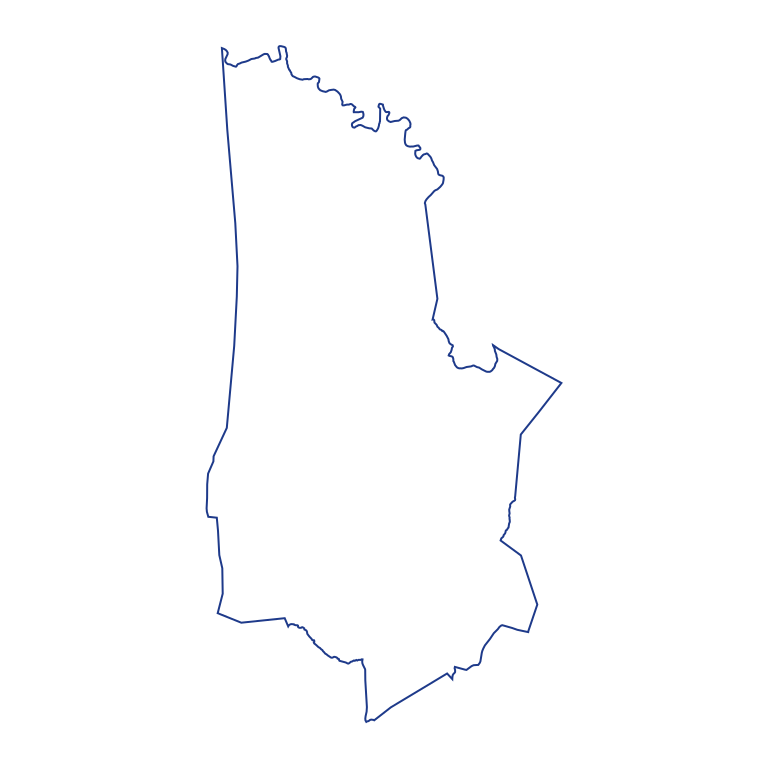 Moamba, Maputo, Mozambique
{"feature_id": "85939544B51879158696861", "entity_name": "Moamba", "entity_type": "district", "adm_level": 2, "iso_a3": "MOZ", "parent_name": "Mozambique", "parent_adm1": "Maputo", "projection": "robinson", "projection_center": [32.243, -25.316], "detail": "fine", "context": "isolated", "style": "outline", "palette": "blue", "viewbox_px": 768, "rotation_deg": 0, "n_neighbors": 0, "source": "geoboundaries", "source_scale": "gbopen_adm2", "svg_char_len": 6025}
<svg xmlns="http://www.w3.org/2000/svg" viewBox="0 0 768 768"><path d="M452.3,679.1L452.4,677.1L452.7,675.2L453.5,673.9L454.8,672.6L455.1,672.0L455.1,670.0L454.6,668.2L454.9,666.9L465.2,669.7L466.5,669.9L471.6,666.1L473.6,665.2L478.3,664.9L479.8,662.8L480.4,661.4L481.8,652.8L482.3,650.9L483.3,648.5L484.9,645.4L490.0,638.9L493.8,633.2L497.8,629.2L499.4,627.0L501.1,625.6L502.2,625.2L503.8,625.6L512.2,628.0L517.3,629.8L528.2,632.1L528.4,630.9L537.3,604.6L521.0,555.5L500.6,540.5L501.3,538.4L503.1,536.8L503.4,536.3L503.6,535.2L505.1,533.4L505.5,532.2L505.7,530.9L506.1,530.3L507.1,529.7L507.7,528.4L508.5,527.6L509.1,523.6L509.8,521.9L509.7,519.7L509.5,519.0L509.6,517.5L509.1,515.8L509.2,515.0L509.6,513.4L509.3,511.2L509.2,509.6L510.2,506.5L510.1,504.7L510.4,504.1L512.6,501.7L514.4,500.7L515.0,500.2L515.1,499.8L515.2,499.2L514.9,497.8L515.2,496.1L520.8,434.5L538.8,412.0L561.4,383.0L498.7,349.1L493.0,345.1L493.1,345.7L494.0,347.3L494.8,349.3L494.9,350.9L496.3,354.5L496.6,356.9L497.3,359.0L497.2,360.9L495.4,363.8L494.9,366.1L494.1,367.8L493.0,369.0L492.2,370.2L490.8,371.3L489.8,371.8L487.4,371.8L486.3,371.6L481.9,369.4L479.1,367.6L477.0,367.1L473.9,365.5L473.2,365.5L471.0,366.4L466.6,367.0L463.5,368.1L461.9,368.4L459.1,368.3L458.1,368.0L456.9,367.3L455.1,365.1L453.8,361.7L453.4,361.2L453.3,358.9L452.8,357.2L451.8,356.4L449.5,355.9L448.7,355.5L449.1,354.2L450.8,352.2L451.6,349.9L452.0,347.8L452.9,346.5L452.7,345.3L450.5,344.1L449.4,343.0L448.7,341.1L448.4,339.2L446.7,335.9L444.3,332.3L443.5,331.3L442.4,330.7L442.2,330.9L441.3,329.9L439.8,329.3L438.6,327.7L437.5,326.8L436.6,324.8L434.5,322.6L434.2,320.2L433.7,319.6L433.1,319.4L432.6,319.5L437.4,298.8L425.3,204.3L424.9,203.5L424.9,202.8L425.5,201.0L426.5,199.4L428.6,197.0L430.8,195.0L434.2,191.1L435.3,190.3L437.4,189.4L440.2,186.9L441.7,185.1L442.7,183.7L443.0,183.0L443.6,179.7L443.7,177.5L443.4,176.7L442.5,175.8L439.6,175.1L438.6,174.5L438.2,173.6L437.9,171.4L437.1,169.0L434.2,165.2L433.0,162.2L432.0,160.5L431.3,158.4L430.4,156.8L427.5,153.7L426.5,153.5L425.6,154.0L423.9,154.4L423.1,154.9L421.4,156.7L420.2,158.4L419.7,158.7L417.8,158.2L417.2,157.8L416.2,156.7L415.5,155.2L415.3,154.4L415.2,153.4L415.4,150.9L416.5,150.3L419.5,149.8L420.1,149.5L420.4,148.9L420.2,147.6L419.8,147.3L418.5,145.5L417.3,145.5L413.4,146.5L409.6,146.6L407.6,146.1L406.3,145.3L405.8,144.6L405.4,143.9L405.0,142.7L404.7,139.6L405.3,133.0L405.6,130.9L406.0,130.1L407.0,129.7L408.5,128.3L410.0,127.4L410.3,126.8L410.3,125.2L410.5,124.4L410.4,123.2L409.5,121.2L409.1,120.5L407.5,118.7L405.9,117.7L403.6,117.4L401.7,118.2L399.7,120.1L398.5,120.7L394.7,121.0L390.6,122.0L388.7,121.2L387.3,119.9L387.0,118.9L387.0,118.0L387.4,116.3L388.5,115.1L389.3,113.2L389.3,112.4L389.1,112.1L388.6,111.9L386.5,112.1L386.0,112.0L385.5,111.6L384.4,109.9L383.9,108.6L382.9,105.3L382.9,104.6L380.7,103.9L379.5,103.9L379.0,104.5L378.5,106.4L378.5,106.8L379.8,108.2L380.2,108.9L380.0,121.4L379.7,122.0L379.6,123.0L379.1,124.0L378.9,125.7L378.1,128.4L376.7,130.7L376.0,131.3L375.2,131.3L373.7,130.5L371.7,128.5L369.2,128.3L365.2,127.3L362.4,125.7L360.7,125.0L358.4,125.2L357.5,125.9L356.2,126.4L354.6,127.6L353.2,127.4L352.4,126.7L352.0,125.6L351.9,124.2L352.3,123.2L355.1,121.2L362.6,117.7L363.3,116.3L363.5,114.8L363.3,113.3L362.8,111.9L361.2,111.7L358.7,112.2L353.8,112.2L353.7,111.4L354.1,109.3L354.4,108.5L355.1,107.9L355.4,107.3L355.1,106.9L353.7,106.1L352.1,104.5L351.3,104.1L350.4,104.0L348.9,104.6L346.9,104.6L343.9,105.4L342.6,105.3L342.2,104.4L342.6,101.8L341.2,98.8L340.9,96.4L340.3,94.9L339.6,93.8L337.5,91.6L335.2,90.0L333.7,89.6L331.3,89.9L329.0,90.3L326.9,91.5L325.7,91.9L322.6,91.2L320.2,90.2L318.6,88.5L317.9,86.8L317.7,84.6L317.8,83.3L318.5,82.7L319.0,81.9L319.4,79.0L319.4,78.6L319.1,78.1L318.2,77.5L315.2,76.5L314.3,76.5L313.0,76.9L311.2,78.7L310.4,79.1L308.8,79.3L307.5,79.0L303.8,79.2L302.6,79.7L299.6,79.2L296.9,78.2L294.5,76.9L292.7,76.1L291.5,74.4L291.2,72.7L290.2,71.3L289.9,70.3L289.2,69.8L288.7,68.5L287.9,66.8L287.9,65.6L287.1,63.4L287.1,61.3L286.2,59.1L286.3,58.4L287.0,56.9L287.1,55.4L286.8,54.3L286.6,52.8L286.1,51.6L285.8,48.6L285.5,47.8L285.1,47.4L284.1,46.9L281.2,46.2L279.8,46.1L278.8,46.6L278.5,47.8L280.4,56.2L280.2,59.0L279.7,59.4L278.3,59.6L275.1,61.0L272.5,61.8L271.6,61.7L271.0,60.4L270.4,59.8L269.4,57.7L269.0,56.3L268.4,55.6L268.0,54.6L267.2,54.0L264.8,53.9L263.6,54.3L258.1,57.6L255.8,58.0L254.8,58.5L251.4,59.0L248.4,60.6L245.7,61.6L241.5,62.6L240.0,63.4L237.9,64.1L237.2,64.9L236.5,66.2L235.9,66.7L233.1,65.9L230.5,64.5L227.8,64.1L226.9,63.5L225.5,61.9L225.2,60.9L225.3,59.1L227.6,54.2L227.7,52.7L226.9,51.2L225.7,49.9L224.2,49.0L221.9,48.1L227.3,129.9L235.3,223.3L237.5,266.2L236.8,296.6L234.2,346.0L226.8,427.9L213.6,456.3L213.4,461.4L208.1,473.6L207.2,484.3L207.1,498.1L206.6,508.4L206.9,511.8L208.3,516.8L216.8,517.7L218.0,530.7L219.3,555.1L222.3,568.3L222.7,593.7L217.7,613.2L241.3,622.7L284.7,618.2L288.2,626.4L288.9,625.2L290.4,624.3L291.4,624.1L293.9,624.3L294.1,624.7L295.5,625.2L297.6,625.3L298.0,625.7L298.0,626.8L298.5,627.4L299.5,627.8L301.0,627.8L302.1,627.2L302.7,627.3L304.2,628.3L304.4,629.5L306.1,630.3L306.5,630.7L307.1,632.1L307.1,632.8L307.4,634.0L309.4,636.6L311.6,638.9L312.0,639.8L312.9,640.3L313.9,640.2L314.2,640.6L314.3,641.1L314.3,641.9L313.8,642.3L314.2,643.4L316.2,645.0L318.4,647.1L320.0,648.0L321.2,649.3L322.3,650.0L323.1,651.3L323.8,651.9L325.3,653.7L326.5,654.3L327.6,655.3L330.9,657.5L331.6,657.7L332.6,657.6L333.9,656.9L334.9,656.9L336.5,657.4L337.3,658.0L337.6,658.7L338.7,658.9L339.0,659.3L339.2,660.4L339.5,660.8L345.8,662.5L347.5,663.4L348.2,663.6L349.2,663.2L350.8,661.8L352.1,661.5L353.8,660.5L354.3,660.5L354.8,660.8L356.3,660.0L356.7,660.3L357.3,660.5L358.4,659.9L360.5,659.9L361.8,659.3L362.5,659.4L362.2,661.6L362.4,663.4L363.1,665.2L365.1,669.2L365.2,670.2L365.3,680.3L366.9,707.1L366.6,711.7L365.6,716.2L365.3,718.6L365.5,720.5L366.3,721.9L367.1,721.4L368.5,721.1L370.1,719.9L371.2,719.6L373.5,719.9L374.2,720.3L390.9,707.3L447.1,673.5L452.3,679.1Z" fill="none" stroke="#1e3a8a" stroke-width="2"/></svg>